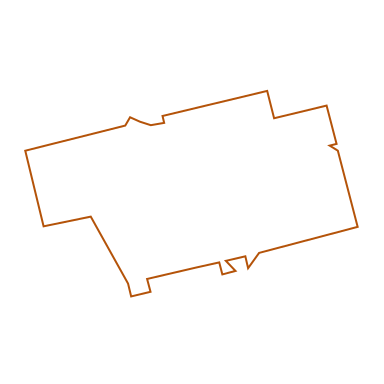 the district of Pickens, Georgia, United States of America, rotated 166°
{"feature_id": "52423323B6766402931350", "entity_name": "Pickens", "entity_type": "district", "adm_level": 2, "iso_a3": "USA", "parent_name": "United States of America", "parent_adm1": "Georgia", "projection": "robinson", "projection_center": [-84.473, 34.468], "detail": "fine", "context": "isolated", "style": "outline", "palette": "amber", "viewbox_px": 384, "rotation_deg": 166, "n_neighbors": 0, "source": "geoboundaries", "source_scale": "gbopen_adm2", "svg_char_len": 506}
<svg xmlns="http://www.w3.org/2000/svg" viewBox="0 0 384 384"><g transform="rotate(166 192 192)"><path d="M39.7,118.1L40.5,196.8L47.2,203.7L40.1,203.7L40.5,243.3L94.5,243.7L94.6,271.9L202.2,272.9L202.3,265.8L215.8,266.8L225.5,272.8L234.0,279.5L240.7,272.6L343.8,272.4L344.3,194.6L296.2,192.6L276.2,118.6L276.3,105.4L256.4,105.2L256.6,118.5L206.1,117.7L182.6,117.1L182.5,104.7L168.9,104.9L175.8,117.0L155.8,116.7L156.0,104.5L141.6,116.7L39.7,118.1Z" fill="none" stroke="#b45309" stroke-width="2"/></g></svg>